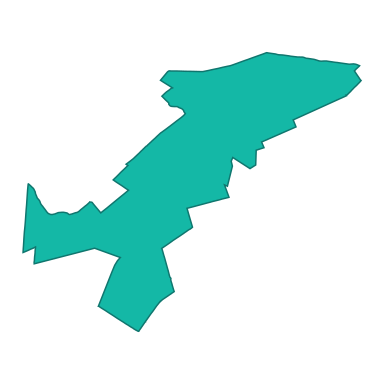 Silistea, Teleorman, Romania
{"feature_id": "2599482B30575359453223", "entity_name": "Silistea", "entity_type": "district", "adm_level": 2, "iso_a3": "ROU", "parent_name": "Romania", "parent_adm1": "Teleorman", "projection": "orthographic", "projection_center": [25.348, 44.369], "detail": "fine", "context": "isolated", "style": "filled", "palette": "teal", "viewbox_px": 384, "rotation_deg": 0, "n_neighbors": 0, "source": "geoboundaries", "source_scale": "gbopen_adm2", "svg_char_len": 5754}
<svg xmlns="http://www.w3.org/2000/svg" viewBox="0 0 384 384"><path d="M359.6,65.7L358.5,65.3L357.6,64.9L356.6,64.5L355.6,64.2L354.9,64.1L354.2,64.0L353.8,63.9L352.1,64.0L349.6,64.2L349.0,64.2L346.3,63.8L339.1,62.8L337.3,62.5L335.1,62.3L327.6,61.2L326.4,61.0L324.2,61.0L321.0,61.2L319.8,61.0L319.1,60.9L316.3,60.0L314.7,59.5L313.8,59.3L307.8,58.4L306.4,58.3L305.4,58.0L304.2,57.5L303.1,57.2L302.3,57.1L300.8,57.1L299.1,57.0L297.6,57.0L290.7,56.2L289.7,56.0L289.2,55.9L282.7,55.0L278.9,54.8L277.3,54.5L275.6,54.0L268.5,53.0L266.9,52.7L266.6,52.7L266.2,52.8L263.6,53.8L257.7,55.9L251.0,58.3L247.8,59.5L245.4,60.3L241.2,61.8L236.9,63.4L231.6,65.3L229.9,65.8L227.8,66.2L222.7,67.3L219.4,68.1L218.2,68.4L212.8,69.5L208.4,70.5L202.8,71.6L202.4,71.6L200.4,71.6L192.5,71.4L185.6,71.3L176.1,71.0L171.1,71.0L169.4,70.9L169.0,70.9L168.7,71.1L167.8,71.6L167.6,71.8L167.3,72.1L160.5,80.3L163.9,82.5L168.9,85.6L172.5,87.9L172.3,88.0L172.1,88.1L171.5,88.2L171.3,88.3L170.9,88.6L169.2,90.0L168.3,90.6L167.1,91.5L166.3,92.0L166.0,92.4L164.4,93.7L164.3,93.9L161.9,96.2L165.5,99.9L168.2,102.4L168.6,102.8L168.7,103.0L168.8,103.2L168.8,103.6L168.8,104.2L168.9,104.4L169.8,105.6L170.3,105.9L171.1,106.3L172.9,106.5L174.7,106.6L176.2,106.6L177.0,106.6L177.3,106.6L177.6,106.8L178.6,107.4L179.2,107.7L180.3,108.1L181.5,108.6L182.0,108.9L182.8,109.6L183.5,110.4L183.7,110.8L183.8,111.3L184.2,112.0L184.4,112.5L185.3,113.5L185.1,113.8L184.7,114.4L184.1,115.0L183.1,116.0L182.9,116.1L182.4,116.5L182.0,116.9L181.4,117.4L180.1,118.4L178.9,119.3L176.6,121.0L173.4,123.5L166.3,128.9L164.8,130.0L161.5,132.4L160.7,132.9L156.8,136.5L156.0,137.3L155.3,138.0L154.5,138.7L151.4,141.5L150.7,142.3L150.2,142.6L149.7,143.2L148.9,143.9L148.0,144.7L147.5,145.2L147.2,145.7L146.8,145.9L146.2,146.2L145.6,146.8L144.9,147.4L144.5,147.8L144.0,148.4L143.7,148.6L143.5,148.8L143.3,148.9L143.0,149.4L141.1,151.1L139.1,153.2L138.1,154.1L134.5,157.5L133.5,158.5L130.6,160.8L126.1,164.2L127.9,165.5L124.3,169.0L121.1,172.0L116.2,177.0L114.7,178.4L113.2,179.9L116.0,181.9L122.3,186.0L125.7,188.4L128.5,190.2L125.3,192.9L123.0,194.8L119.4,197.7L113.2,202.8L109.7,205.7L106.8,208.1L101.6,212.2L100.8,212.9L98.1,209.7L96.1,207.3L95.0,206.0L93.5,204.2L92.8,203.3L92.2,202.5L91.9,202.4L91.7,202.2L91.4,202.2L90.6,202.1L90.1,202.0L89.8,201.9L89.6,202.2L88.7,203.1L86.5,205.1L85.4,205.9L82.5,208.3L80.6,209.8L79.6,210.8L79.0,211.3L78.5,211.6L77.6,212.2L77.0,212.5L76.7,212.6L76.4,212.5L75.0,212.9L72.4,213.8L71.9,214.0L71.3,214.1L70.6,214.3L70.2,214.4L69.7,214.5L69.3,214.5L69.1,214.4L68.8,214.3L68.6,214.2L67.7,213.4L67.5,213.2L67.2,213.1L66.6,212.9L65.3,212.6L64.2,212.4L63.7,212.3L63.2,212.3L61.7,212.3L60.8,212.4L59.2,212.5L58.4,212.6L58.0,212.7L57.3,213.0L55.7,213.6L55.1,213.9L53.7,214.2L53.1,214.3L52.8,214.4L52.3,214.5L51.9,214.5L51.4,214.5L50.9,214.5L50.5,214.4L49.7,214.1L49.4,214.0L48.2,213.4L47.7,212.9L47.3,212.5L46.8,211.9L46.0,210.8L45.0,209.4L43.9,208.0L43.4,207.3L43.0,206.8L42.7,206.3L42.2,205.8L41.8,205.3L41.5,204.9L41.1,204.4L40.6,203.5L40.3,202.7L40.0,201.7L39.7,201.0L39.5,200.8L39.2,200.2L38.4,199.3L37.8,198.6L37.5,198.3L37.3,198.1L37.2,197.8L37.0,197.4L36.5,196.0L36.1,195.1L35.8,194.4L35.7,194.1L35.6,193.9L35.4,193.3L35.3,192.3L35.1,191.7L34.6,190.7L33.9,189.2L33.5,188.6L33.3,188.3L33.1,188.1L32.7,187.8L32.4,187.5L32.0,187.2L31.4,186.5L30.8,186.0L30.3,185.5L28.7,184.1L28.3,183.9L28.2,184.0L28.1,184.8L27.6,189.9L26.6,204.7L26.2,209.4L25.3,222.2L24.9,226.9L24.4,231.6L24.1,235.7L23.9,238.8L23.8,240.7L23.7,242.3L23.5,245.5L23.3,248.1L23.1,251.6L23.0,252.1L23.1,252.3L23.1,252.5L25.5,251.5L28.3,250.3L30.4,249.3L32.3,248.5L32.5,248.5L34.1,247.7L35.5,247.0L35.5,247.5L35.5,248.2L35.3,249.3L35.2,250.0L35.1,251.6L35.1,252.5L34.9,254.6L34.6,256.8L34.4,260.4L34.2,261.7L34.1,262.4L34.2,263.8L74.1,253.5L94.6,248.2L120.3,257.5L117.5,260.7L115.3,264.3L114.7,265.3L111.6,272.8L98.4,306.2L98.6,306.2L98.8,306.3L101.0,307.8L103.4,309.3L105.2,310.4L107.0,311.6L109.9,313.5L111.5,314.5L112.9,315.4L114.4,316.4L117.7,318.6L119.5,319.7L120.7,320.5L123.6,322.3L125.2,323.4L126.6,324.3L127.7,324.9L130.6,326.8L131.4,327.3L132.7,328.0L133.1,328.3L133.7,328.8L134.4,329.2L134.9,329.5L135.7,330.0L137.5,330.9L137.8,331.1L138.0,331.2L138.3,331.3L138.5,331.3L138.9,331.2L139.0,330.9L139.4,330.2L139.9,329.5L140.8,328.3L141.3,327.5L142.5,325.8L144.6,322.7L144.9,322.3L145.1,322.1L145.3,321.9L145.6,321.8L145.6,321.6L145.6,321.3L145.9,320.8L146.9,319.5L150.9,313.8L151.5,313.0L152.7,311.5L156.7,305.8L158.1,304.1L159.6,302.2L159.6,302.3L160.3,301.6L162.5,299.6L174.2,291.6L173.5,289.5L172.3,285.4L171.8,283.5L171.1,281.4L170.8,280.0L170.8,279.7L170.7,279.4L170.9,278.7L170.9,278.4L170.8,278.2L170.6,277.9L170.3,277.6L169.9,277.1L169.8,276.9L169.2,274.8L168.2,270.8L167.5,268.4L164.6,257.9L163.7,255.0L162.6,251.0L162.0,249.0L161.9,248.7L161.7,248.4L165.8,245.6L169.0,243.4L171.8,241.4L173.1,240.4L174.5,239.5L175.4,238.9L179.6,236.1L180.3,235.7L181.4,234.9L183.5,233.5L185.1,232.3L186.4,231.5L187.3,230.8L188.3,230.1L188.9,229.7L189.5,229.4L190.0,229.2L190.4,228.9L190.8,228.6L191.5,228.1L192.5,227.2L189.0,215.3L187.0,208.3L188.6,207.9L192.9,206.8L200.0,204.9L203.4,204.0L206.7,203.1L210.2,202.2L212.6,201.5L216.7,200.5L219.5,199.8L221.8,199.1L226.3,198.0L228.7,197.4L229.0,197.3L224.5,184.9L227.4,186.2L232.4,166.1L231.2,161.2L232.8,157.5L250.0,168.6L255.7,165.0L256.2,150.2L264.0,147.7L261.6,142.0L296.0,126.9L293.2,119.9L346.5,95.7L346.4,95.5L346.2,95.2L346.5,95.2L347.4,94.6L348.6,93.4L349.7,92.3L350.6,91.5L351.5,90.4L352.9,89.0L353.8,88.0L354.5,87.3L355.4,86.5L356.5,85.5L358.4,83.5L359.5,82.4L360.3,81.5L360.9,80.8L361.0,80.6L360.9,80.6L356.3,73.8L354.4,70.9L355.7,69.6L355.8,69.4L356.5,68.7L357.2,68.1L357.7,67.6L359.4,66.0L359.6,65.7Z" fill="#14b8a6" stroke="#0f766e" stroke-width="1.5"/></svg>